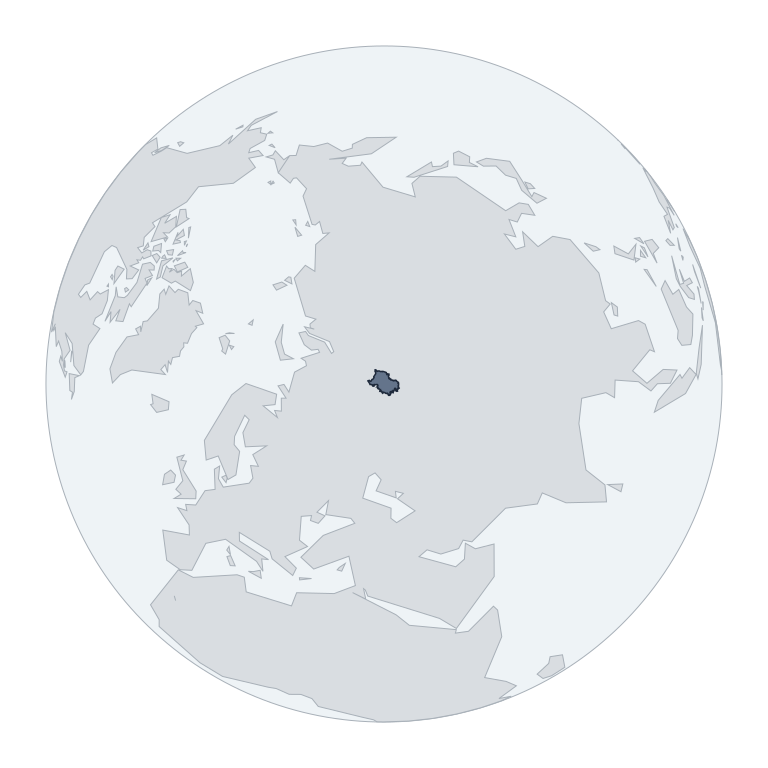 the Earth from above Omsk, rotated 304°
{"feature_id": "RUS-2397", "entity_name": "Omsk", "entity_type": "Region", "adm_level": 1, "iso_a3": "RUS", "parent_name": "Russia", "parent_adm1": "", "projection": "orthographic", "projection_center": [72.959, 56.006], "detail": "fine", "context": "on_globe", "style": "filled", "palette": "slate", "viewbox_px": 768, "rotation_deg": 304, "n_neighbors": 0, "source": "natural_earth", "source_scale": "10m", "svg_char_len": 15777}
<svg xmlns="http://www.w3.org/2000/svg" viewBox="0 0 768 768"><g transform="rotate(304 384 384)"><circle cx="384" cy="384" r="338" fill="#eef3f6" stroke="#a8b0b8"/><path d="M438.6,50.5L449.3,52.5L460.9,57.9L452.3,65.2L445.7,61.9L444.4,64.5L452.6,69.2L458.4,71.7L465.1,91.8L489.8,114.6L505.8,119.6L495.9,120.8L531.7,129.6L550.3,143.3L524.2,129.3L517.6,129.2L527.8,138.9L523.2,141.0L525.5,147.1L519.2,148.9L504.4,141.3L500.1,142.5L507.5,149.4L505.8,156.0L495.6,145.6L491.6,156.3L466.2,146.9L443.8,119.9L424.6,118.6L388.2,101.9L386.4,106.1L371.5,103.2L363.9,107.2L359.3,103.5L357.2,109.9L362.9,112.6L363.9,116.4L359.9,119.2L353.4,114.8L354.4,112.8L350.4,112.9L348.8,109.7L347.4,112.9L339.9,107.6L341.4,116.9L330.5,116.3L327.1,111.7L335.2,106.8L347.6,86.0L346.7,81.0L337.3,78.2L303.1,83.6L298.9,80.6L287.5,80.5L286.2,84.2L294.6,85.8L289.4,93.3L300.4,94.9L299.9,98.4L308.1,102.8L298.4,108.0L284.6,111.0L277.3,107.9L271.0,109.3L271.1,117.5L251.0,117.4L226.3,127.8L222.0,127.5L225.9,116.6L243.2,102.8L248.3,91.0L236.4,104.9L225.9,104.8L220.6,107.7L216.2,111.7L216.8,114.4L211.4,115.9L221.1,102.2L226.2,100.5L223.0,104.7L231.1,98.5L237.6,90.2L231.7,91.4L247.7,79.5L243.7,80.4L245.0,78.7L250.2,77.9L241.1,79.4L258.9,70.1L258.6,70.2L283.3,61.4L308.5,54.6L334.3,49.8L360.3,46.9L386.5,46.1L412.6,47.3L438.6,50.5ZM461.7,72.6L453.3,69.1L447.5,64.5L455.0,67.0L461.7,72.6ZM472.0,83.1L466.8,81.7L468.7,78.0L471.1,79.9L472.0,83.1ZM518.3,123.2L512.3,118.5L519.7,122.4L518.3,123.2ZM527.0,147.6L530.1,148.4L530.0,151.3L527.0,147.6ZM312.8,99.7L310.5,101.2L310.2,99.6L312.8,99.7ZM318.6,100.3L319.9,97.4L322.8,97.3L321.9,99.1L318.6,100.3ZM520.2,156.9L519.0,161.6L517.6,155.4L520.2,156.9ZM316.2,104.0L327.8,97.5L333.0,97.4L333.9,104.4L316.2,104.0ZM516.6,163.5L513.9,175.5L520.6,178.1L500.0,178.2L509.1,167.6L506.4,159.4L511.8,163.8L516.6,163.5ZM366.4,112.3L360.2,109.5L369.0,109.4L366.4,112.3ZM371.8,111.3L397.5,106.3L404.7,112.0L394.6,112.3L406.9,118.2L397.8,123.4L389.0,121.4L386.1,116.5L384.8,122.3L371.8,111.3ZM489.0,176.6L486.1,178.6L486.3,175.1L489.0,176.6ZM364.9,117.9L369.5,116.2L376.1,121.0L368.1,125.4L368.6,122.4L364.9,117.9ZM414.6,117.4L418.0,122.0L411.6,127.3L412.1,129.9L398.2,124.0L414.6,117.4ZM365.1,122.7L363.9,127.5L357.3,127.8L360.9,120.0L365.1,122.7ZM381.1,120.6L383.8,123.1L379.7,123.1L381.1,120.6ZM332.9,132.4L338.2,129.9L342.1,132.1L332.9,132.4ZM364.0,129.3L366.3,129.2L368.4,129.9L366.3,133.1L364.0,129.3ZM394.6,128.4L391.2,129.9L400.0,131.1L395.5,135.5L387.0,130.9L388.8,134.7L387.4,136.1L382.0,130.9L394.6,128.4ZM370.6,138.5L358.3,134.7L347.6,138.7L343.8,136.8L361.7,130.7L370.6,138.5ZM377.8,134.4L372.5,136.5L370.5,132.8L372.9,129.2L377.8,134.4ZM395.5,140.3L404.6,134.7L406.1,135.9L395.5,140.3ZM367.9,140.4L370.9,141.3L367.3,141.1L367.9,140.4ZM387.4,141.0L390.4,138.8L392.1,140.2L387.4,141.0ZM374.5,145.1L370.5,143.8L372.0,141.2L374.5,145.1ZM380.7,143.8L382.3,146.4L374.9,141.0L381.8,142.5L380.7,143.8ZM388.5,142.7L390.5,142.9L387.1,143.5L388.5,142.7ZM371.0,156.1L361.4,150.0L364.7,144.1L373.6,150.7L371.0,156.1ZM103.7,572.7L100.0,567.0L99.8,563.2L95.4,551.8L79.9,509.8L82.9,500.2L80.2,488.7L73.7,478.9L71.2,464.8L67.8,457.4L51.3,413.7L50.0,387.3L57.2,333.2L62.9,329.4L70.4,313.9L114.9,317.4L117.0,334.0L143.7,368.9L145.7,376.2L134.6,386.0L148.3,431.4L162.1,428.3L182.4,459.9L200.9,473.0L221.6,451.2L191.3,429.2L193.9,412.0L224.5,418.3L252.2,437.7L254.1,431.7L243.2,408.8L256.3,403.2L240.2,400.1L241.7,408.8L231.7,407.4L229.7,399.4L234.4,397.5L228.0,389.4L207.2,401.3L206.5,411.5L185.5,398.4L182.3,414.3L174.2,415.4L176.5,389.0L181.5,382.9L180.1,347.0L173.0,352.0L173.8,386.5L170.6,380.4L161.0,388.4L165.7,377.5L166.7,339.5L152.3,325.4L122.1,328.9L116.1,318.9L116.4,302.4L139.2,282.3L150.0,307.1L158.2,301.2L166.1,282.0L168.8,291.4L173.3,286.9L178.4,295.6L195.5,295.3L202.2,302.9L218.5,291.0L224.1,293.6L212.9,299.7L208.6,308.4L226.4,327.7L232.6,328.0L241.8,319.0L245.5,325.9L252.1,314.7L267.1,321.3L254.4,304.2L264.8,294.2L279.0,292.2L280.2,286.0L257.1,289.4L249.9,293.7L247.4,302.0L225.8,312.1L217.6,308.1L231.6,286.8L221.5,279.1L236.8,266.6L289.9,263.8L307.2,269.3L315.5,300.7L306.0,305.2L298.3,296.0L296.6,314.4L300.9,308.1L304.1,314.1L314.8,306.8L317.5,310.7L323.2,297.2L327.7,301.3L324.1,309.7L343.8,303.2L355.8,309.5L359.0,306.2L359.0,300.9L374.2,312.9L375.9,310.0L371.5,304.9L372.0,295.9L378.8,284.9L383.7,289.6L381.9,294.2L385.5,311.4L380.0,323.4L382.7,324.3L388.7,315.1L384.3,294.0L387.0,286.1L390.5,295.5L389.4,291.5L392.3,289.1L399.7,291.3L396.5,280.9L421.5,250.4L438.4,252.4L438.7,263.7L461.4,249.4L478.6,254.0L474.6,249.1L482.7,239.7L477.4,238.1L476.1,235.1L494.5,211.8L502.6,210.6L506.0,196.2L503.9,193.9L498.1,193.9L500.0,178.2L520.6,178.1L524.3,183.3L534.8,180.2L541.6,193.0L552.2,202.5L553.6,219.2L561.8,225.8L565.0,223.8L578.5,231.9L595.4,256.1L567.8,244.8L539.7,212.9L550.0,226.3L543.5,226.0L544.6,232.6L552.2,242.2L555.7,241.6L546.6,273.1L556.6,305.3L565.9,295.0L576.4,297.7L596.0,328.4L595.7,388.0L609.7,394.7L613.6,403.2L608.2,414.7L602.4,402.6L592.8,403.9L590.3,395.6L579.7,411.0L575.7,399.9L569.4,417.9L576.8,423.8L587.7,413.8L584.0,434.9L600.8,441.3L607.8,457.5L596.2,500.0L577.0,521.1L576.8,526.8L566.6,525.8L556.9,541.5L578.9,559.5L579.6,567.1L562.0,590.2L561.0,585.2L533.9,582.7L531.6,601.6L552.2,607.3L559.4,619.1L544.7,621.0L537.1,610.5L527.5,609.2L528.2,593.7L516.5,573.4L501.6,582.8L500.9,572.8L482.7,555.9L460.2,567.7L425.7,599.5L423.9,623.6L410.7,634.4L387.3,601.3L382.2,576.1L370.3,578.2L349.0,554.2L302.3,545.1L298.8,536.9L289.3,537.9L274.8,526.2L270.6,512.4L260.4,509.6L272.6,545.7L283.8,548.6L297.5,540.5L298.5,551.9L312.9,564.7L286.0,583.0L221.8,580.7L220.7,561.1L199.1,489.1L202.7,483.8L202.8,483.0L202.9,481.5L195.5,489.1L193.5,474.6L199.4,523.1L198.1,539.9L220.8,581.3L217.4,582.5L226.2,592.3L261.0,599.0L260.1,604.6L240.4,622.9L196.9,631.6L205.7,651.5L207.8,662.5L187.5,655.2L196.3,664.1L186.8,658.3L189.0,660.0L169.5,645.1L151.1,628.8L133.9,611.3L118.1,592.6L103.7,572.7ZM91.1,328.6L87.9,332.4L91.1,328.6ZM276.1,472.0L296.2,480.7L296.4,459.4L304.2,461.2L301.4,453.5L296.4,457.8L291.0,437.2L303.0,435.2L305.3,426.3L298.6,423.0L277.5,430.2L285.0,459.3L276.5,464.8L276.1,472.0ZM225.4,105.6L224.4,106.8L219.3,110.6L220.4,108.5L225.4,105.6ZM204.6,131.4L196.4,133.5L203.0,130.3L202.9,127.2L216.6,117.2L220.6,126.8L216.4,124.1L204.6,131.4ZM236.1,107.3L226.9,112.0L236.8,106.5L236.1,107.3ZM193.4,255.3L191.9,262.1L185.1,264.9L176.7,256.8L186.4,252.5L193.4,255.3ZM191.3,271.3L207.5,253.2L213.4,258.0L207.3,258.3L209.6,263.3L200.5,265.1L190.2,288.1L183.6,292.1L171.7,274.0L179.2,277.4L180.3,270.3L191.3,271.3ZM238.5,203.6L245.6,197.3L249.1,215.7L242.1,219.6L233.3,211.4L236.4,202.0L238.5,203.6ZM315.6,118.2L318.1,115.6L320.0,116.6L319.3,119.8L315.6,118.2ZM335.1,131.1L306.7,131.2L308.1,128.1L289.8,132.7L286.4,126.3L298.3,123.4L282.0,122.4L291.4,117.2L279.9,117.6L307.0,111.8L314.8,107.6L307.4,114.6L310.3,120.4L313.9,121.7L330.0,122.4L348.3,116.8L354.1,122.3L353.4,127.6L349.9,129.7L347.2,125.4L344.5,131.4L337.9,126.9L335.1,131.1ZM341.3,194.2L339.7,187.1L333.0,200.8L326.4,195.3L326.1,197.3L318.2,196.2L307.9,198.3L306.1,194.9L302.9,197.3L297.6,196.8L292.6,199.0L287.6,193.9L281.0,196.3L282.4,192.5L272.5,198.1L277.6,191.7L271.2,190.9L269.6,197.5L254.6,167.1L244.4,160.2L233.0,158.3L243.3,148.3L260.4,144.1L279.3,144.6L287.7,153.0L290.8,147.3L295.7,149.8L291.2,153.2L301.1,149.4L304.0,152.5L320.7,154.6L333.3,147.8L339.7,148.7L336.3,152.9L345.1,150.9L342.9,159.6L347.5,160.5L349.9,170.3L340.5,178.3L346.3,178.8L348.4,186.6L341.3,194.2ZM371.3,158.9L361.6,169.1L353.2,171.3L352.6,153.4L348.7,151.4L348.0,140.6L360.2,137.8L359.2,141.1L361.2,143.7L356.6,143.5L361.7,145.6L360.6,150.3L364.3,153.2L360.2,155.7L371.3,158.9ZM152.9,376.3L155.3,380.5L160.3,385.5L154.3,390.9L152.9,376.3ZM153.1,350.3L156.0,352.8L150.0,362.3L147.5,358.1L153.1,350.3ZM162.7,346.3L156.6,352.2L158.4,346.5L162.7,346.3ZM216.1,301.6L219.9,303.9L218.3,306.6L213.9,308.2L216.1,301.6ZM320.2,235.9L320.6,231.0L322.9,230.7L330.2,221.4L335.6,225.0L333.4,232.0L320.2,235.9ZM213.6,452.2L205.2,453.6L203.7,449.1L206.9,449.5L213.6,452.2ZM176.1,422.2L182.2,432.7L174.4,423.6L176.1,422.2ZM327.3,238.3L329.7,234.0L331.0,238.6L327.3,238.3ZM340.0,227.2L342.3,231.8L337.1,224.4L340.0,227.2ZM259.3,683.4L250.3,692.3L235.9,686.1L228.8,680.5L229.1,673.2L244.5,676.8L250.8,674.2L259.3,683.4ZM623.7,607.3L630.6,602.0L630.2,602.9L623.7,607.3ZM616.7,610.7L625.0,604.4L614.9,613.4L616.7,610.7ZM628.1,601.9L636.4,593.4L640.1,589.1L639.2,591.2L628.1,601.9ZM610.9,615.1L577.6,636.0L563.8,641.4L567.5,636.9L589.8,625.2L610.9,615.1ZM566.4,637.4L544.7,639.3L511.8,623.9L523.7,620.5L557.4,624.1L555.4,627.8L568.5,628.3L566.4,637.4ZM617.0,591.7L614.7,601.0L596.8,612.5L588.3,616.3L582.6,609.3L585.8,601.9L592.9,597.9L617.7,560.7L626.9,559.2L619.9,573.3L627.2,575.5L617.0,591.7ZM425.7,625.7L434.7,637.9L427.2,640.7L425.7,625.7ZM625.9,538.2L617.1,555.2L624.5,535.6L625.9,538.2ZM629.1,521.7L630.6,526.2L625.8,524.5L629.1,521.7ZM578.3,534.4L571.0,539.8L569.9,536.1L578.6,527.0L578.3,534.4ZM612.9,471.0L616.3,482.9L616.1,487.9L611.1,483.2L612.9,471.0ZM377.3,266.9L361.1,275.5L353.2,284.8L354.3,294.8L345.8,284.8L358.1,270.3L377.3,266.9ZM415.5,251.7L414.4,243.6L419.5,245.0L420.4,247.1L415.5,251.7ZM411.6,248.3L401.7,242.4L404.1,236.5L411.4,242.3L411.6,248.3ZM364.0,239.7L358.9,241.8L358.0,238.0L364.0,239.7ZM580.4,659.0L580.6,658.8L583.8,656.5L587.9,652.3L620.1,624.5L644.7,594.9L656.7,581.5L669.4,560.4L680.1,545.0L673.6,557.7L677.0,552.3L664.3,572.8L650.0,592.4L634.5,610.8L617.6,628.2L599.6,644.2L580.4,659.0ZM689.3,528.8L695.2,515.1L694.7,516.9L689.3,528.8ZM640.6,593.0L650.9,578.5L655.7,573.0L640.6,593.0ZM705.1,489.2L702.1,495.9L696.7,510.7L686.1,530.3L689.5,522.4L688.8,519.8L676.0,537.2L673.4,537.3L678.6,528.1L669.2,537.4L679.6,522.3L683.2,524.2L688.8,510.3L697.1,497.2L704.0,484.8L708.1,477.6L706.6,482.8L708.2,479.5L705.1,489.2ZM678.3,538.6L680.0,536.2L678.1,540.5L678.3,538.6ZM716.9,442.3L716.9,441.9L717.0,441.3L716.9,442.3ZM709.3,473.4L714.4,453.1L715.2,449.7L711.6,466.1L709.3,473.4ZM713.8,452.6L715.5,446.7L715.9,446.5L715.5,448.8L713.8,452.6ZM657.1,558.6L656.5,561.1L653.6,562.7L657.1,558.6ZM661.1,553.2L669.5,545.4L660.1,555.8L661.1,553.2ZM632.0,573.5L635.0,576.1L644.3,564.7L637.1,575.6L642.8,578.1L640.4,583.0L634.9,579.9L631.9,590.7L627.7,594.0L626.0,588.3L630.6,575.0L634.8,567.4L651.2,550.7L632.0,573.5ZM661.3,547.1L658.9,543.6L660.5,537.5L663.2,538.0L661.3,547.1ZM650.6,535.6L642.9,534.2L636.9,542.8L648.0,520.2L653.8,525.4L650.6,535.6ZM642.5,523.7L637.0,531.8L642.0,519.7L642.5,523.7ZM635.0,530.4L633.3,525.2L638.2,521.9L635.0,530.4ZM645.6,521.1L644.9,510.4L648.3,514.0L645.6,521.1ZM628.5,513.8L640.8,514.7L626.5,521.9L621.2,502.6L626.9,497.4L628.5,513.8ZM630.4,399.6L626.4,394.4L630.2,387.9L631.9,393.3L630.4,399.6ZM638.9,363.7L629.9,384.6L622.0,401.8L626.6,401.3L628.8,414.8L619.4,409.7L621.6,389.8L628.4,378.7L625.1,368.0L627.4,355.0L620.2,344.6L619.8,336.5L628.4,342.7L638.9,363.7ZM616.7,340.5L604.9,319.4L614.1,312.5L618.8,315.6L620.3,328.0L615.4,330.9L616.7,340.5ZM604.8,312.4L599.9,315.1L572.2,293.3L568.6,287.1L594.6,299.2L591.3,302.6L596.5,309.4L604.8,312.4ZM489.3,180.6L486.4,178.8L490.1,178.6L489.3,180.6ZM473.0,234.4L471.8,230.3L476.1,229.9L473.0,234.4ZM470.8,218.9L466.8,222.1L469.0,216.7L470.8,218.9ZM458.1,229.9L464.2,222.5L461.3,232.5L458.1,229.9Z" fill="#d9dde1" stroke="#a8b0b8" stroke-width="1"/><path d="M377.8,391.5L377.5,391.3L377.4,391.2L377.3,390.7L377.2,390.6L377.2,390.3L377.3,390.1L377.2,390.0L377.3,389.7L377.3,389.4L377.3,389.2L376.7,388.4L376.8,388.1L376.5,388.0L376.3,388.0L376.1,388.1L375.9,388.2L375.6,388.1L375.8,387.7L375.7,387.5L375.7,387.3L376.0,386.9L376.4,386.8L376.5,386.7L376.6,386.3L376.6,386.2L376.3,386.1L376.0,385.8L376.0,385.7L376.1,385.3L376.1,385.1L376.3,385.0L376.6,385.0L376.7,384.9L376.1,384.9L375.9,384.8L375.8,384.7L376.7,384.5L376.9,384.4L377.1,384.1L377.1,383.7L377.3,383.3L377.3,383.2L377.2,383.1L377.0,382.7L377.0,382.4L376.9,382.4L376.8,382.2L377.1,382.0L377.4,381.9L377.4,381.6L377.1,381.2L376.9,381.3L376.9,381.2L377.0,381.0L377.5,381.0L377.7,380.8L377.8,380.7L378.0,380.2L377.8,379.9L378.2,380.0L378.5,379.9L378.8,380.0L378.9,379.9L378.9,379.7L379.0,379.7L379.2,379.8L379.5,379.7L379.6,379.3L379.8,379.1L379.8,378.6L379.7,378.4L379.5,378.2L378.9,377.7L378.5,376.9L378.1,376.8L378.0,376.7L378.2,376.4L378.1,376.1L377.8,376.0L377.6,376.1L377.1,376.1L377.0,376.4L377.0,376.6L377.0,376.8L376.9,376.9L376.5,376.8L376.5,376.7L376.4,376.4L376.2,376.2L376.0,375.7L376.8,375.0L376.8,374.9L376.8,374.7L376.5,374.6L376.5,373.9L376.3,373.8L376.2,373.5L376.1,373.4L376.1,373.1L376.1,372.8L375.9,372.6L376.1,372.5L376.1,372.4L376.2,372.2L377.6,369.0L377.6,368.9L377.8,368.9L378.0,369.1L378.4,369.5L378.5,369.6L378.8,369.8L378.8,370.0L378.7,370.1L378.6,371.2L378.6,371.3L378.7,371.5L379.1,371.6L379.4,371.7L379.7,371.6L381.0,371.5L381.4,372.0L381.5,372.1L382.5,372.1L383.7,372.2L383.9,372.0L384.0,371.9L384.0,371.7L384.4,371.4L387.9,371.4L388.7,370.6L389.1,370.4L389.3,370.1L389.7,369.7L389.9,369.6L390.0,369.6L389.9,369.4L390.0,369.4L390.6,368.7L391.2,369.2L391.2,369.5L390.6,370.1L391.0,370.8L391.0,371.0L390.7,371.3L392.1,372.5L392.3,374.1L392.5,374.2L392.7,374.4L393.2,375.6L393.5,375.5L394.0,376.4L394.1,376.7L394.3,377.6L394.4,378.1L394.6,378.4L394.6,378.6L394.7,379.3L394.8,379.4L394.8,379.5L394.7,379.6L394.4,379.9L394.3,380.1L394.0,380.2L393.9,380.6L393.6,380.8L393.4,381.1L393.5,381.2L393.9,381.1L394.1,381.0L394.4,381.2L394.4,381.3L394.2,381.4L394.3,381.9L394.6,382.0L394.9,382.3L395.0,382.4L395.0,382.6L394.8,382.7L394.5,382.9L394.5,382.7L394.3,382.8L394.0,382.8L393.9,383.0L393.2,383.0L393.0,383.4L392.5,383.6L392.4,383.9L391.8,384.5L391.7,384.7L391.8,384.8L392.0,385.0L391.9,385.3L391.5,385.4L391.2,385.3L391.2,385.6L391.6,385.9L391.3,386.2L391.3,386.3L391.4,386.5L391.8,386.4L391.8,386.5L391.9,386.8L391.4,387.1L391.4,387.3L391.2,387.5L391.4,387.8L391.5,388.0L391.8,388.3L391.8,388.7L391.7,388.9L391.7,389.0L391.9,389.1L391.9,389.3L392.1,389.4L392.2,389.6L392.2,389.8L392.1,390.1L392.1,390.3L392.5,390.3L392.6,390.6L392.8,390.9L393.1,390.9L393.2,391.0L393.4,391.6L393.6,391.5L393.8,392.0L393.7,392.4L393.4,392.4L393.3,392.5L393.4,395.0L393.1,395.1L392.7,395.1L392.3,395.3L392.6,395.8L391.2,396.8L390.7,396.7L390.4,396.7L390.2,397.1L389.9,397.2L389.8,397.6L389.2,397.6L389.1,397.8L389.1,398.1L389.2,398.3L389.1,398.9L388.9,398.9L388.6,398.6L388.6,398.4L388.4,398.2L388.2,398.2L388.1,398.3L387.9,398.4L387.8,398.0L387.3,397.9L386.9,398.2L386.7,398.1L386.4,398.1L386.4,398.4L386.2,398.4L386.1,398.7L385.6,399.2L385.4,399.0L385.5,398.6L385.0,398.3L385.1,398.1L384.9,398.0L384.9,397.9L385.1,397.7L385.3,397.1L385.7,396.9L385.6,396.6L385.8,396.6L386.4,396.7L386.5,396.6L386.6,396.4L386.7,395.5L386.5,395.4L386.2,395.4L386.2,395.6L386.0,395.8L385.9,395.9L385.9,396.1L385.6,396.0L385.4,396.2L384.4,395.9L384.2,395.6L384.0,395.2L383.9,395.1L383.7,395.1L382.8,395.0L382.7,395.1L382.4,395.5L382.9,395.5L383.0,395.6L383.1,395.9L383.1,396.1L382.6,396.0L382.3,396.3L382.0,396.4L382.0,396.2L382.1,395.7L381.9,395.5L381.9,395.3L382.1,395.3L382.1,395.2L382.3,395.2L381.7,394.8L381.8,394.5L381.9,394.4L381.7,394.3L381.6,394.0L381.3,393.7L381.2,393.6L380.9,393.6L381.1,394.0L380.9,394.3L380.9,394.5L381.1,394.6L381.3,394.6L381.3,394.8L381.3,395.0L381.1,395.1L380.8,394.5L380.6,394.4L379.9,394.3L379.7,394.5L379.7,394.9L379.7,395.0L379.4,395.1L379.2,395.0L378.9,395.1L378.9,394.8L378.8,394.7L378.3,394.6L378.0,395.1L377.9,395.1L377.6,394.8L377.4,394.6L377.4,394.4L377.4,394.2L377.2,394.1L377.2,393.9L377.3,393.8L377.7,393.9L377.9,393.9L378.0,393.4L377.8,393.3L377.9,393.1L377.8,392.9L377.8,392.4L377.9,392.2L378.2,392.1L378.2,391.9L378.2,391.7L377.8,391.5ZM376.8,383.7L376.8,383.9L376.8,384.0L376.7,383.9L376.8,383.7ZM376.7,384.1L376.8,384.2L376.6,384.3L376.5,384.2L376.7,384.1Z" fill="#64748b" stroke="#1e293b" stroke-width="1.5"/></g></svg>